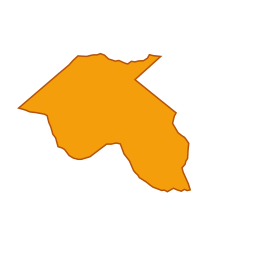 Cafeara, Paraná, Brazil, rotated 140°
{"feature_id": "56859067B49164641112145", "entity_name": "Cafeara", "entity_type": "district", "adm_level": 2, "iso_a3": "BRA", "parent_name": "Brazil", "parent_adm1": "Paraná", "projection": "mercator", "projection_center": [-51.713, -22.795], "detail": "fine", "context": "isolated", "style": "filled", "palette": "amber", "viewbox_px": 256, "rotation_deg": 140, "n_neighbors": 0, "source": "geoboundaries", "source_scale": "gbopen_adm2", "svg_char_len": 1182}
<svg xmlns="http://www.w3.org/2000/svg" viewBox="0 0 256 256"><g transform="rotate(140 128 128)"><path d="M191.8,162.6L193.6,158.7L191.3,155.0L190.4,152.4L190.6,148.1L190.8,144.8L189.2,140.1L186.4,136.1L183.9,134.0L175.5,130.4L164.3,129.9L154.7,129.4L151.3,126.5L146.7,124.1L144.1,120.8L147.7,110.7L148.0,102.0L151.1,91.7L151.1,88.9L150.7,85.7L151.2,82.6L148.7,74.9L147.7,69.7L146.7,66.3L144.5,62.5L142.4,58.6L140.0,56.9L138.8,53.9L131.9,52.6L130.2,49.1L127.8,45.3L124.2,44.7L123.0,42.1L120.1,40.6L117.6,46.6L114.1,58.9L112.2,62.8L107.7,63.5L105.0,65.4L101.9,66.4L96.3,72.4L91.4,77.1L91.0,80.2L90.7,84.2L91.8,88.0L92.7,92.2L90.9,102.9L84.9,107.3L81.4,108.7L82.1,112.1L85.8,130.8L91.6,160.6L57.0,161.8L61.9,166.9L64.5,170.4L68.1,169.0L72.9,169.6L76.7,172.5L80.2,174.2L82.6,176.9L87.0,177.2L88.6,179.5L89.9,182.1L91.6,185.6L94.8,187.4L96.4,190.1L98.5,193.3L99.2,199.0L101.3,202.7L104.7,203.9L107.3,206.1L109.9,207.6L113.5,209.3L116.9,212.4L120.0,215.4L127.2,215.0L132.7,214.2L145.0,214.2L199.0,213.6L195.3,208.1L192.8,203.4L188.8,199.2L183.1,192.3L182.0,189.4L185.1,183.1L186.5,178.4L189.6,171.5L189.8,166.9L191.8,162.6Z" fill="#f59e0b" stroke="#b45309" stroke-width="1.5"/></g></svg>